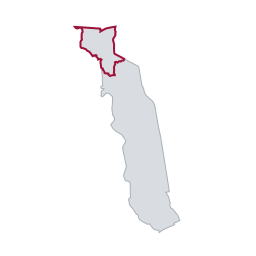 Togo, with Savanes highlighted, rotated 351°
{"feature_id": "TGO-90", "entity_name": "Savanes", "entity_type": "Region", "adm_level": 1, "iso_a3": "TGO", "parent_name": "Togo", "parent_adm1": "", "projection": "robinson", "projection_center": [0.453, 10.505], "detail": "fine", "context": "in_parent", "style": "outline", "palette": "rose", "viewbox_px": 256, "rotation_deg": 351, "n_neighbors": 0, "source": "natural_earth", "source_scale": "10m", "svg_char_len": 3915}
<svg xmlns="http://www.w3.org/2000/svg" viewBox="0 0 256 256"><g transform="rotate(351 128 128)"><path d="M131.5,25.9L130.5,30.5L128.5,36.2L127.2,38.0L126.3,51.9L126.9,53.0L127.4,53.4L133.7,58.1L141.9,64.2L147.7,68.6L148.2,70.1L148.3,79.2L148.3,87.0L149.6,91.5L149.8,95.8L151.3,99.1L156.6,105.5L157.9,109.2L158.1,121.2L158.2,130.3L158.9,142.6L158.9,153.0L158.9,166.0L158.9,181.3L158.9,197.3L155.4,197.5L157.3,202.4L157.6,206.9L158.1,208.4L157.1,210.6L157.9,213.9L159.5,215.1L163.4,221.8L164.7,227.4L158.4,229.3L158.8,230.8L147.0,233.8L142.4,236.2L142.3,233.8L140.6,233.4L138.5,232.6L137.2,231.4L135.4,228.5L134.7,226.3L132.0,226.0L128.6,223.5L125.3,220.6L124.2,217.8L124.5,216.5L124.0,215.1L122.9,214.6L120.0,208.2L118.2,205.6L117.4,203.6L117.7,202.0L117.3,199.8L117.8,198.0L119.4,197.0L119.9,195.7L120.0,193.0L120.9,187.4L121.5,182.0L119.8,180.5L117.8,180.1L116.8,178.5L116.3,175.9L116.4,173.7L120.4,165.9L119.5,148.0L120.1,145.3L121.9,143.4L123.5,141.2L123.4,139.0L120.8,133.7L115.8,129.6L113.2,126.3L111.8,123.3L111.6,121.7L114.6,119.4L116.0,117.7L116.1,115.9L114.9,112.5L115.1,106.4L116.3,101.9L117.5,96.0L117.4,94.3L114.4,90.8L112.8,90.3L111.5,90.5L108.4,92.8L107.3,93.1L106.6,92.4L106.3,91.5L107.4,90.1L107.0,88.4L107.9,86.9L109.9,86.2L110.4,85.4L107.8,84.7L107.5,83.7L107.7,82.7L108.5,82.5L109.3,82.6L109.7,81.9L110.1,76.9L110.5,75.1L110.8,71.7L111.2,58.3L111.8,56.9L111.9,55.9L110.0,55.3L105.7,51.7L103.1,49.0L100.9,46.1L99.0,44.3L95.4,41.4L94.3,39.6L94.1,37.8L95.3,34.1L97.0,30.2L97.9,24.7L97.4,23.2L95.0,20.6L103.5,22.6L115.8,25.9L116.0,26.5L116.1,27.5L118.2,27.5L121.8,26.3L131.5,25.9Z" fill="#d9dde1" stroke="#a8b0b8" stroke-width="1"/><path d="M93.7,21.8L93.0,21.6L92.2,21.1L91.6,20.5L91.3,19.8L93.2,20.2L95.2,20.7L99.8,21.7L108.4,23.7L111.7,24.5L115.9,25.4L116.0,25.5L116.0,25.9L116.0,26.1L115.9,26.3L116.4,26.6L115.9,28.4L120.6,26.6L123.0,26.1L126.6,26.0L131.5,25.9L130.5,28.5L130.4,29.4L130.5,29.8L130.8,30.7L130.9,31.2L130.3,32.4L130.2,32.9L130.2,33.9L130.1,34.3L129.6,35.1L127.5,37.3L127.0,38.7L127.3,42.6L127.3,44.3L126.7,46.7L126.2,51.1L126.2,52.1L126.5,52.7L129.4,54.9L133.0,57.5L135.1,59.2L134.5,60.3L134.3,60.5L134.0,60.7L133.8,60.7L132.7,60.5L132.1,60.5L131.8,60.7L131.4,61.2L131.2,61.2L130.7,60.9L129.7,60.7L129.4,60.9L128.7,61.3L128.1,61.8L127.9,61.8L127.8,61.7L127.7,61.5L127.6,61.3L127.5,61.1L127.3,61.0L127.1,60.9L125.9,60.8L125.5,61.0L125.3,61.2L125.3,61.4L125.4,61.6L125.5,62.2L125.4,62.7L125.2,63.1L124.1,64.9L123.7,65.7L123.6,66.2L123.5,66.7L123.5,68.1L123.5,68.5L123.4,68.9L123.3,69.2L123.1,69.5L123.0,69.8L122.9,70.4L122.8,70.7L122.7,70.9L122.7,71.2L122.7,71.4L123.2,72.8L123.2,73.3L123.2,73.7L122.8,73.6L122.4,73.7L122.2,73.7L121.9,73.4L121.6,73.3L120.5,73.5L120.0,73.5L119.4,73.6L119.0,73.8L118.7,73.8L118.4,73.8L118.3,73.6L118.0,73.1L117.8,73.0L117.7,72.8L117.3,72.6L117.2,72.5L117.1,72.3L117.0,72.1L117.0,71.9L117.0,71.7L117.2,71.3L117.2,71.2L116.7,70.9L116.4,71.0L115.8,70.8L115.3,70.8L115.0,70.8L114.8,70.7L114.5,70.4L114.4,70.3L113.7,70.2L113.4,69.9L113.4,69.7L113.4,69.0L113.4,68.7L113.3,68.3L112.9,67.5L112.6,67.1L112.4,66.9L112.5,66.2L112.4,65.4L112.1,65.1L111.7,65.0L111.2,64.6L110.9,63.5L111.1,60.5L111.0,59.0L111.3,58.4L111.4,57.7L111.6,57.1L112.5,56.3L111.7,55.6L111.4,55.4L109.7,55.7L109.2,55.7L109.5,54.8L109.1,54.2L108.5,53.5L108.0,52.7L108.1,52.4L108.2,51.9L108.2,51.4L107.8,51.0L107.4,50.9L107.1,51.0L106.8,51.2L106.3,51.4L106.0,51.3L105.0,50.9L104.9,51.0L104.8,51.3L104.6,51.5L104.3,51.6L104.2,51.4L102.3,47.4L101.7,46.7L99.7,45.2L99.4,44.8L98.9,43.9L98.6,43.5L98.3,43.2L97.1,42.8L96.8,42.5L96.5,42.3L96.3,42.1L95.4,41.9L95.0,41.8L94.5,41.6L94.2,41.3L93.8,40.4L93.9,39.5L94.1,38.4L94.2,37.8L94.4,36.0L94.7,35.3L95.2,34.5L96.0,33.9L96.3,33.6L96.4,33.1L96.2,32.3L96.2,31.9L97.0,27.6L97.2,27.1L97.5,26.8L97.8,26.6L98.1,26.3L98.2,25.7L98.3,24.2L98.2,22.9L97.6,21.9L96.3,21.3L95.6,21.3L94.3,21.7L93.7,21.8Z" fill="none" stroke="#9f1239" stroke-width="2"/></g></svg>